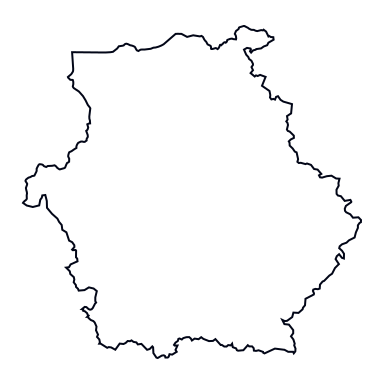 Dytikis Makedonias, Dytiki Makedonia, Greece
{"feature_id": "26713481B79624114853188", "entity_name": "Dytikis Makedonias", "entity_type": "district", "adm_level": 2, "iso_a3": "GRC", "parent_name": "Greece", "parent_adm1": "Dytiki Makedonia", "projection": "natural_earth1", "projection_center": [21.387, 40.387], "detail": "fine", "context": "isolated", "style": "outline", "palette": "ink", "viewbox_px": 384, "rotation_deg": 0, "n_neighbors": 0, "source": "geoboundaries", "source_scale": "gbopen_adm2", "svg_char_len": 5794}
<svg xmlns="http://www.w3.org/2000/svg" viewBox="0 0 384 384"><path d="M263.6,29.7L262.9,30.4L261.2,30.1L257.2,31.1L255.5,30.7L253.9,29.9L251.3,29.8L249.0,28.7L248.6,28.3L247.7,27.7L244.3,26.0L243.6,26.0L239.7,27.2L239.0,27.6L238.7,28.8L237.5,29.9L236.3,30.7L235.9,31.2L234.8,33.9L235.7,35.4L236.0,36.6L236.2,38.5L236.0,39.4L233.3,39.1L232.0,38.6L230.0,38.9L227.7,39.8L227.3,40.0L226.8,41.7L226.0,42.5L225.7,42.7L225.0,42.2L224.2,42.4L223.5,42.9L222.8,43.8L221.2,45.2L220.8,44.8L220.1,44.9L219.0,47.5L218.4,48.4L217.6,49.1L216.2,48.2L215.5,48.1L212.9,48.9L212.2,49.0L211.3,49.0L211.0,48.4L211.1,48.0L211.1,47.6L210.8,46.3L210.5,45.8L207.6,44.4L206.1,41.6L205.2,40.8L204.2,39.4L203.0,37.0L201.5,35.9L199.9,36.4L193.2,35.3L187.1,36.9L181.5,33.9L177.7,33.8L175.6,33.9L163.6,44.3L161.4,45.5L158.5,46.7L155.6,47.5L153.4,47.7L150.7,48.8L144.9,49.5L142.2,49.5L140.5,49.7L138.4,51.0L136.8,50.3L135.7,48.5L135.2,47.3L134.4,46.6L132.6,45.8L131.1,45.4L130.3,45.3L127.6,44.0L126.2,43.7L125.2,44.0L124.6,44.4L123.7,45.4L122.7,45.7L118.8,46.3L117.2,48.5L113.0,51.8L110.5,52.2L105.2,52.5L72.1,52.2L73.2,68.9L73.1,70.8L72.9,71.6L71.6,73.7L70.9,74.5L67.9,77.0L68.1,77.6L70.3,79.8L72.5,79.9L72.8,80.0L73.2,81.4L73.3,82.4L73.3,84.2L72.8,86.4L73.1,87.2L73.9,88.2L78.9,91.5L83.0,96.1L85.6,100.4L87.8,104.9L89.7,107.3L90.3,108.3L89.3,116.5L89.4,118.8L89.9,120.4L90.1,123.4L89.0,123.5L87.3,124.3L88.2,127.5L87.6,129.5L86.9,130.3L86.2,130.9L87.7,135.0L87.8,136.7L87.6,137.4L86.8,138.5L86.5,140.1L86.6,140.5L84.7,141.9L83.7,141.9L82.1,141.5L80.8,141.6L78.3,142.8L77.7,143.5L76.9,145.0L76.4,146.4L76.4,148.0L74.5,149.1L71.5,151.2L69.3,152.2L68.9,153.0L68.3,155.1L68.2,156.0L68.2,156.5L69.2,158.7L69.1,161.7L68.3,162.4L67.2,162.9L67.0,163.1L66.2,164.8L65.1,167.6L64.1,168.2L59.8,169.4L59.2,169.2L57.3,167.9L56.1,166.4L54.6,165.3L52.1,165.8L47.8,166.0L46.2,167.0L44.3,166.3L43.7,165.9L43.0,165.0L42.0,164.5L39.8,164.2L39.3,164.3L38.5,165.1L37.3,167.3L36.6,168.9L36.7,170.2L36.5,171.4L35.6,173.2L34.4,175.6L33.3,175.9L32.2,176.0L30.3,177.1L28.6,177.6L27.7,178.2L26.1,179.5L25.8,180.0L25.5,180.8L25.6,181.3L26.5,182.6L27.2,183.9L27.0,184.9L25.9,188.0L26.3,190.1L26.8,191.9L27.0,193.4L26.7,195.3L26.8,198.7L26.5,199.4L25.4,200.5L24.8,200.8L23.3,202.4L23.0,202.9L26.7,205.5L32.8,207.0L39.2,205.4L40.3,199.7L41.8,197.7L42.3,195.4L45.3,195.0L46.8,201.0L47.0,207.8L52.0,213.8L57.4,218.6L59.1,221.9L61.7,225.0L62.3,229.8L66.4,232.3L69.1,240.6L72.2,242.2L74.3,245.2L74.4,247.0L72.1,249.6L72.8,250.2L75.6,250.0L76.1,250.7L76.0,257.3L77.2,258.6L77.5,261.3L70.6,264.4L69.0,267.2L66.1,267.6L69.8,271.3L70.3,274.0L73.8,277.1L74.3,279.5L73.7,282.3L75.9,285.1L76.0,286.9L78.0,288.8L78.7,290.6L84.5,290.1L88.9,287.4L93.6,288.5L96.8,291.1L95.3,297.4L95.3,301.1L96.1,302.6L95.1,303.5L92.8,308.0L91.6,309.3L90.1,309.7L88.6,309.1L86.4,307.1L84.7,306.9L81.9,309.2L83.2,309.4L83.1,310.7L84.9,311.3L87.1,313.2L87.8,315.1L88.5,315.5L87.2,316.9L88.3,316.9L88.5,318.0L90.8,320.0L93.4,321.1L94.7,322.5L96.5,326.6L96.0,330.3L98.0,334.6L97.0,336.9L99.3,339.4L99.9,342.3L99.2,343.7L100.7,343.7L107.2,347.8L108.7,347.1L111.1,347.4L115.3,349.7L119.7,343.6L123.5,344.0L125.6,343.0L127.7,341.0L130.0,341.2L131.5,340.4L133.5,341.9L136.4,342.4L137.8,344.4L141.4,343.9L147.1,349.8L149.7,349.0L152.3,346.4L153.1,347.3L153.4,353.1L156.4,357.6L157.7,358.0L161.8,355.6L163.8,355.3L165.0,356.0L165.4,357.5L167.8,357.5L168.7,356.7L169.5,354.2L172.2,354.6L176.7,351.8L175.5,349.9L177.5,345.5L174.7,345.6L174.0,344.9L175.5,342.6L177.8,341.0L178.4,338.9L179.5,338.5L181.8,339.5L183.3,338.1L186.3,337.2L189.2,337.1L190.8,338.5L191.9,340.5L194.6,338.6L198.6,339.2L201.2,337.2L203.4,338.9L209.0,341.1L213.0,340.9L215.4,339.1L220.7,345.0L221.8,344.9L224.2,346.5L226.6,346.5L228.2,345.1L230.8,345.4L232.1,343.7L232.8,347.2L236.1,348.4L236.9,350.2L238.1,350.7L243.4,350.2L247.8,345.2L249.2,346.4L252.1,346.4L253.7,348.2L253.9,350.6L256.0,350.9L258.6,350.3L263.1,351.9L263.3,352.8L264.5,353.4L274.9,348.6L284.5,349.8L288.2,351.8L293.1,351.8L293.8,353.3L295.3,351.4L295.5,348.6L294.2,345.3L294.7,343.7L293.4,339.5L291.0,336.3L293.2,333.3L293.2,330.1L288.9,324.6L284.4,324.1L282.3,319.9L284.8,321.1L287.1,320.8L292.2,317.1L293.4,312.6L298.5,312.9L302.6,309.3L303.0,307.7L305.0,305.3L305.5,298.8L313.8,294.5L314.0,293.3L312.9,290.9L313.3,289.6L315.3,288.9L317.9,289.2L319.7,288.6L320.0,284.6L322.6,281.5L324.1,280.9L329.3,275.6L332.1,273.7L335.0,268.0L338.9,264.1L335.6,259.1L336.8,256.2L339.1,254.2L341.9,257.8L343.9,258.5L344.0,253.8L342.0,250.7L339.2,248.2L339.7,246.3L342.0,244.3L346.5,242.7L349.0,240.3L354.6,237.5L355.9,232.4L357.9,227.9L357.9,225.3L359.5,223.0L360.9,222.2L361.0,220.0L358.4,217.3L353.0,217.7L350.3,214.3L346.2,212.3L345.0,210.8L344.8,208.7L345.9,205.9L351.2,202.2L351.3,201.6L350.4,199.9L344.7,200.9L340.9,196.2L337.9,195.5L336.6,193.9L336.5,189.7L338.7,185.7L338.4,183.2L339.5,178.7L336.1,178.5L331.5,175.7L326.8,176.2L322.1,177.6L320.0,177.3L319.0,175.3L321.3,173.9L317.6,169.6L314.1,169.0L311.0,164.9L307.0,163.5L305.5,164.1L300.8,162.8L298.8,163.0L297.4,161.8L298.1,159.2L296.6,152.4L294.8,151.6L292.7,148.5L289.7,145.6L289.5,142.6L288.8,141.4L290.7,139.5L293.9,137.9L293.8,135.6L289.7,131.6L287.8,130.9L286.9,129.5L288.0,125.0L287.5,122.9L286.3,121.4L287.6,119.6L287.0,116.1L291.1,113.4L292.0,104.1L283.3,101.6L280.5,99.8L278.0,96.2L276.1,96.9L275.0,99.6L273.4,98.9L271.4,99.4L270.0,97.5L270.3,95.1L269.5,91.0L262.0,85.8L265.6,76.9L260.1,74.9L257.7,76.0L256.0,75.4L254.7,76.5L250.6,73.1L253.0,70.2L251.5,67.1L253.0,64.9L252.9,63.7L251.4,60.7L249.1,59.0L248.3,57.0L246.2,54.7L244.0,49.6L247.0,47.9L250.5,48.5L250.9,49.3L250.0,51.3L251.1,52.6L253.1,50.4L255.7,49.7L256.2,49.1L261.1,48.4L263.7,46.5L267.2,45.2L268.4,42.7L273.6,39.7L273.3,37.2L270.8,37.0L269.0,35.9L268.4,36.4L266.1,31.6L263.6,29.7Z" fill="none" stroke="#020617" stroke-width="2"/></svg>